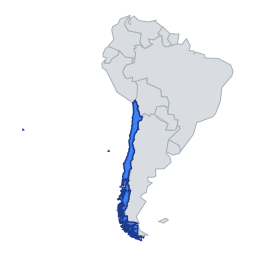 Chile highlighted on a map of South America
{"feature_id": "CHL", "entity_name": "Chile", "entity_type": "country or territory", "adm_level": 0, "iso_a3": "CHL", "parent_name": "South America", "parent_adm1": "", "projection": "mercator", "projection_center": [-72.304, -36.699], "detail": "fine", "context": "in_parent", "style": "filled", "palette": "blue", "viewbox_px": 256, "rotation_deg": 0, "n_neighbors": 12, "source": "natural_earth", "source_scale": "50m", "svg_char_len": 9751}
<svg xmlns="http://www.w3.org/2000/svg" viewBox="0 0 256 256"><path d="M137.7,225.1L140.2,230.8L147.8,234.9L137.7,235.7L137.7,225.1ZM168.6,139.6L166.2,153.6L169.8,156.6L171.0,162.2L164.1,168.7L155.4,169.1L155.9,175.8L154.2,177.1L147.6,177.3L148.0,181.0L152.2,182.9L147.4,186.5L146.3,192.5L141.5,194.6L140.7,197.6L146.1,201.5L136.3,216.5L139.1,223.8L128.5,222.2L124.3,210.3L127.3,205.7L130.4,191.5L127.8,181.7L131.6,168.1L130.7,161.3L134.4,152.8L132.3,143.4L134.8,133.9L138.6,129.0L138.3,121.6L141.4,120.0L144.3,113.3L149.7,116.3L150.8,113.8L154.0,114.0L159.6,119.6L168.2,123.6L165.9,129.7L174.1,130.5L178.5,124.8L179.8,129.1L168.6,139.6Z" fill="#d9dde1" stroke="#a8b0b8" stroke-width="1"/><path d="M158.6,221.5L166.0,218.1L168.3,220.1L163.7,223.1L158.6,221.5Z" fill="#d9dde1" stroke="#a8b0b8" stroke-width="1"/><path d="M168.6,139.6L179.4,145.6L181.1,147.9L179.4,153.5L172.6,155.1L166.4,151.9L168.6,139.6Z" fill="#d9dde1" stroke="#a8b0b8" stroke-width="1"/><path d="M180.6,151.4L179.4,145.6L168.6,139.6L179.8,129.1L179.9,126.6L177.1,125.4L178.0,120.0L174.9,119.8L173.8,114.9L167.8,114.1L169.0,102.4L166.9,96.9L161.5,96.8L160.6,89.5L146.8,83.2L147.0,78.0L138.7,81.6L132.3,81.6L132.5,77.2L127.7,78.8L124.8,77.2L122.6,71.6L125.7,65.3L134.2,62.5L135.5,53.6L133.8,48.9L136.1,47.7L134.4,45.6L140.8,44.7L142.1,47.3L146.4,48.2L152.5,44.2L150.0,43.4L148.4,39.0L153.3,39.8L159.9,35.8L162.0,36.3L162.0,42.7L164.7,46.7L173.2,45.3L173.3,43.4L181.8,44.5L186.4,38.6L190.2,45.5L189.0,50.6L194.0,51.1L194.1,53.9L196.2,52.1L204.4,54.8L205.3,58.0L218.3,58.5L230.6,64.9L233.0,71.1L231.9,75.8L221.9,87.5L220.3,101.5L215.5,113.7L212.6,116.8L196.7,122.7L193.2,134.6L180.6,151.4Z" fill="#d9dde1" stroke="#a8b0b8" stroke-width="1"/><path d="M135.2,81.4L147.0,78.0L146.8,83.2L160.6,89.5L161.5,96.8L166.9,96.9L169.0,102.4L168.0,107.7L164.5,105.9L156.9,106.7L154.4,114.6L150.8,113.8L149.7,116.3L144.3,113.3L140.0,116.5L138.2,106.1L135.0,100.6L137.6,86.0L135.2,81.4Z" fill="#d9dde1" stroke="#a8b0b8" stroke-width="1"/><path d="M134.2,62.5L125.7,65.3L122.6,71.6L124.8,77.2L127.7,78.8L132.5,77.2L132.3,81.6L135.2,81.4L137.6,86.0L136.8,97.5L132.8,102.9L117.0,92.1L106.4,70.7L102.2,67.7L101.8,63.8L104.9,60.0L104.5,62.9L109.6,63.2L111.8,58.9L118.3,54.8L119.5,50.6L125.2,56.9L133.7,58.1L131.9,61.0L134.2,62.5Z" fill="#d9dde1" stroke="#a8b0b8" stroke-width="1"/><path d="M142.6,46.9L140.8,44.7L134.4,45.6L136.1,47.7L133.8,48.9L135.5,53.6L134.2,62.5L131.9,61.0L133.7,58.1L125.2,56.9L119.5,50.6L113.0,49.3L108.6,45.7L113.8,39.6L111.7,30.1L112.8,26.4L117.9,23.8L120.1,19.1L129.9,15.4L124.6,24.6L128.3,30.7L141.3,33.3L140.0,42.5L142.6,46.9Z" fill="#d9dde1" stroke="#a8b0b8" stroke-width="1"/><path d="M159.9,35.8L153.3,39.8L148.4,39.0L150.0,43.4L152.5,44.2L144.2,48.4L140.0,42.5L141.3,33.3L128.3,30.7L124.6,24.6L125.7,20.9L128.3,17.6L130.1,17.1L128.0,22.6L130.3,24.6L129.9,19.4L134.0,16.0L138.9,20.6L148.2,21.9L156.7,20.1L154.3,21.0L162.6,26.8L158.0,33.6L159.9,35.8Z" fill="#d9dde1" stroke="#a8b0b8" stroke-width="1"/><path d="M171.7,45.1L166.1,46.9L163.0,45.4L162.0,36.3L158.0,33.6L162.6,26.8L170.0,33.6L167.5,39.0L171.7,45.1Z" fill="#d9dde1" stroke="#a8b0b8" stroke-width="1"/><path d="M177.4,43.9L171.7,45.1L168.7,41.0L167.5,39.0L170.0,33.6L179.0,34.2L177.4,43.9Z" fill="#d9dde1" stroke="#a8b0b8" stroke-width="1"/><path d="M118.7,50.9L118.3,54.8L111.8,58.9L109.6,63.2L104.5,62.9L106.4,57.9L103.0,56.7L103.1,53.4L105.5,48.3L109.0,46.5L118.7,50.9Z" fill="#d9dde1" stroke="#a8b0b8" stroke-width="1"/><path d="M167.1,108.4L167.8,114.1L173.8,114.9L174.9,119.8L178.0,120.0L176.6,128.1L174.1,130.5L165.9,129.7L168.2,123.6L154.4,114.6L156.9,106.7L164.5,105.9L167.1,108.4Z" fill="#d9dde1" stroke="#a8b0b8" stroke-width="1"/><path d="M132.7,102.9L134.1,102.5L134.4,101.9L134.3,101.0L135.2,100.4L135.8,101.7L136.4,102.0L136.8,104.8L138.2,106.1L137.5,107.0L137.9,107.7L137.4,108.1L137.3,109.1L138.1,109.7L137.9,110.5L138.9,111.7L139.8,116.4L141.7,116.4L142.3,116.9L141.3,120.1L138.8,121.2L137.9,122.3L138.4,123.3L137.8,124.4L138.3,126.7L137.8,127.6L138.6,129.2L137.1,129.8L136.2,132.2L134.8,133.8L134.3,136.0L133.8,136.7L134.0,139.2L134.3,139.5L134.0,140.1L133.4,140.1L133.0,142.2L132.4,142.7L132.2,144.0L133.1,145.3L132.8,145.7L133.8,148.4L133.6,149.5L134.4,149.8L134.3,152.9L133.7,153.2L132.7,156.1L132.3,156.4L132.7,157.4L132.7,159.3L130.9,160.9L130.5,162.0L130.6,165.2L131.5,168.0L131.2,168.7L129.9,169.4L129.5,171.9L129.0,172.0L129.2,173.4L128.7,174.0L129.1,174.6L128.4,176.2L128.5,179.5L128.9,180.9L127.9,181.7L127.8,183.0L127.9,184.8L128.9,185.5L128.5,185.9L129.1,188.2L128.7,190.0L130.4,190.2L130.6,190.7L130.3,191.5L128.1,191.5L128.1,192.0L129.4,192.3L130.0,193.3L129.6,194.4L128.9,194.7L129.3,196.2L128.6,197.1L129.1,199.1L128.4,199.8L128.5,201.3L127.3,202.5L126.8,204.1L127.4,205.6L126.5,206.9L126.5,208.0L125.3,209.0L125.0,210.2L124.1,210.3L123.8,211.4L124.0,213.8L125.0,216.5L126.8,215.9L127.3,216.2L127.4,219.0L127.1,220.1L128.3,222.0L134.0,222.2L138.2,223.5L136.0,223.1L134.9,224.3L131.6,225.7L131.1,230.5L130.2,231.0L127.7,229.8L127.1,228.4L128.4,227.9L128.7,228.7L128.5,229.2L128.8,229.1L129.0,227.9L130.2,226.9L130.4,225.9L130.0,225.7L127.4,227.4L126.7,228.9L125.3,227.9L126.2,225.7L127.0,225.9L127.9,225.2L129.6,225.0L126.2,224.6L125.1,227.1L123.6,226.0L124.7,225.4L125.1,224.4L123.8,225.3L122.6,225.1L122.5,224.0L121.8,222.7L123.1,223.2L123.5,222.5L124.7,222.9L126.0,221.9L126.6,223.1L126.2,223.8L126.8,223.3L126.5,222.2L126.8,221.5L126.7,220.8L124.9,219.7L126.5,221.3L124.0,222.4L123.3,221.2L122.1,220.7L122.8,220.4L122.8,218.8L120.3,217.9L119.5,216.2L120.7,216.1L120.4,215.3L120.8,214.8L121.6,215.4L122.2,216.8L123.2,217.4L123.7,216.1L123.6,215.4L122.7,216.9L122.1,215.9L122.1,215.4L122.7,215.5L120.8,214.1L121.7,213.1L122.7,213.2L121.7,212.3L121.8,211.5L123.1,211.5L122.3,210.8L122.8,209.0L122.0,211.1L121.6,210.6L121.6,207.2L122.6,206.7L121.3,206.6L121.0,204.7L124.3,205.3L123.7,204.6L123.4,203.2L122.8,204.4L122.0,204.5L120.8,203.4L121.1,202.8L121.9,203.3L122.2,202.9L121.3,202.3L122.2,201.3L121.7,199.6L121.2,200.0L119.8,199.4L119.8,198.5L118.3,199.3L118.6,200.2L117.8,199.3L120.0,197.1L119.6,195.9L122.2,195.5L122.3,194.4L122.7,194.0L123.1,194.2L122.6,196.6L121.5,197.3L122.7,197.0L122.9,195.8L123.4,195.7L123.4,196.7L122.8,198.6L123.0,198.7L123.8,196.0L123.3,195.2L123.4,194.3L124.7,193.8L125.6,194.2L124.2,193.4L124.3,192.8L126.3,190.8L126.4,190.2L124.7,189.1L124.8,188.1L125.2,187.9L125.4,187.0L125.2,185.8L126.1,184.7L125.8,183.3L126.1,182.7L126.5,182.7L126.1,181.7L126.5,181.5L127.1,182.2L126.8,180.7L125.9,180.4L127.2,179.4L127.3,178.9L126.7,179.6L125.6,178.9L124.7,179.9L123.4,179.8L123.7,179.2L123.0,178.7L122.7,176.9L123.5,173.2L124.3,172.5L124.8,170.5L124.0,167.9L124.1,166.2L123.6,165.0L123.6,163.7L123.7,163.2L124.8,163.1L125.1,161.4L126.6,158.2L126.5,157.6L127.6,155.9L128.2,152.7L129.2,151.0L129.0,149.1L129.8,147.7L129.0,141.0L129.2,140.0L129.9,139.4L130.2,137.8L129.6,135.4L130.5,133.7L132.0,127.2L131.8,125.5L132.6,123.8L132.2,122.0L132.8,118.6L132.2,117.7L132.9,116.4L133.6,112.3L133.4,107.0L132.7,102.9ZM137.7,225.2L137.6,235.6L135.3,235.7L134.6,234.9L132.5,235.4L128.5,234.4L128.8,233.6L130.8,233.6L131.6,233.1L131.9,233.8L133.0,234.1L131.4,232.0L131.4,231.0L132.0,230.7L131.9,230.2L132.4,229.7L132.8,231.4L132.1,231.5L132.3,232.2L133.4,233.3L134.6,233.0L136.0,234.2L136.5,233.5L133.9,232.0L133.4,231.0L133.6,230.2L135.7,228.7L132.9,228.6L132.6,227.2L133.5,226.5L132.8,225.6L134.0,226.0L135.5,224.4L136.2,225.2L137.7,225.2ZM123.2,185.9L121.5,185.5L122.0,184.1L122.5,180.0L123.9,180.4L124.2,181.5L123.9,182.0L124.1,182.5L123.2,183.0L124.2,184.3L123.3,185.2L123.2,185.9ZM121.1,207.9L121.3,211.9L120.9,213.3L120.5,213.3L120.1,212.0L120.6,210.7L119.9,211.2L119.6,212.6L118.3,212.3L118.3,211.6L118.8,211.6L118.9,211.0L118.5,210.4L119.6,210.1L119.2,209.5L119.9,208.7L120.1,207.8L121.1,207.9ZM134.2,235.8L138.2,236.2L138.4,236.6L137.8,237.1L138.7,237.6L139.3,239.5L137.0,238.6L137.0,237.5L136.1,237.2L135.7,237.8L136.2,238.7L135.5,238.5L133.9,237.1L134.2,235.8ZM123.4,189.5L122.6,190.8L123.3,193.5L122.3,193.7L122.4,193.2L120.9,191.0L121.2,190.3L122.3,190.0L122.6,189.0L123.4,189.5ZM124.2,228.7L125.8,229.5L126.9,229.6L127.7,230.6L127.1,231.5L125.8,232.1L125.5,231.8L126.1,230.9L125.3,230.7L125.2,231.5L124.8,231.4L124.5,230.2L123.0,229.4L124.2,228.7ZM128.2,231.0L131.0,232.0L131.0,232.7L130.6,233.3L129.7,232.6L128.4,233.0L127.6,231.7L128.2,231.0ZM142.1,237.1L141.3,237.8L140.9,237.2L139.3,237.4L138.6,236.3L141.6,236.2L142.1,237.1ZM121.0,207.2L120.0,207.3L119.1,204.8L120.3,204.0L121.0,207.2ZM119.4,207.3L118.0,207.9L118.0,207.1L118.3,206.0L118.2,205.0L118.7,204.7L119.4,207.3ZM125.5,191.5L124.3,191.5L124.2,191.0L124.7,189.8L126.0,190.5L125.5,191.5ZM120.3,220.5L120.4,221.4L121.1,222.0L120.7,223.4L120.2,223.4L119.5,221.2L120.3,220.5ZM120.6,225.6L123.6,227.1L125.0,228.4L121.8,227.2L120.6,225.6ZM122.0,194.8L120.7,195.1L121.7,193.1L122.0,194.8ZM129.8,235.8L131.6,236.2L132.7,235.9L133.0,236.9L132.5,237.2L129.8,235.8ZM119.5,208.2L118.7,209.6L118.0,209.7L118.4,209.3L118.2,208.3L119.5,208.2ZM120.3,214.1L119.1,214.9L118.5,214.7L118.9,213.3L120.1,213.7L120.3,214.1ZM121.0,218.9L120.9,219.4L119.7,219.4L119.0,220.5L119.4,218.9L121.0,218.9ZM119.5,215.5L118.6,216.5L118.6,215.3L119.5,215.5ZM123.6,191.7L123.1,191.0L123.2,190.7L123.6,190.9L123.6,191.7ZM122.2,221.6L121.7,221.7L121.3,220.9L122.2,221.6ZM120.0,203.6L119.1,203.7L120.0,203.5L120.0,203.6ZM141.2,239.3L141.4,240.2L140.7,239.9L141.2,239.3ZM123.1,187.8L122.7,188.2L122.2,188.0L122.2,187.8L123.1,187.8ZM140.8,240.5L139.9,240.6L140.8,240.5ZM143.6,237.2L143.5,237.7L143.3,237.5L143.6,237.2ZM23.4,129.8L23.0,129.9L23.1,129.5L23.4,129.8ZM109.1,151.0L108.6,151.1L108.9,150.7L109.1,151.0ZM120.7,186.9L120.3,187.0L120.2,186.8L120.5,186.7L120.7,186.9Z" fill="#3b82f6" stroke="#1e3a8a" stroke-width="1.5"/></svg>